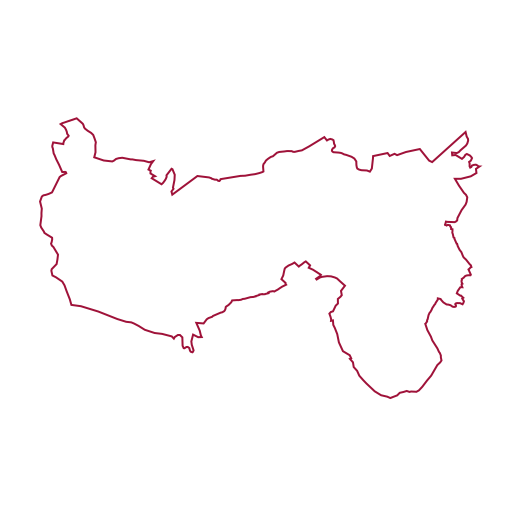 Buteni, Arad, Romania (Robinson projection), rotated 3°
{"feature_id": "2599482B88924594549942", "entity_name": "Buteni", "entity_type": "district", "adm_level": 2, "iso_a3": "ROU", "parent_name": "Romania", "parent_adm1": "Arad", "projection": "robinson", "projection_center": [22.098, 46.317], "detail": "fine", "context": "isolated", "style": "outline", "palette": "rose", "viewbox_px": 512, "rotation_deg": 3, "n_neighbors": 0, "source": "geoboundaries", "source_scale": "gbopen_adm2", "svg_char_len": 6085}
<svg xmlns="http://www.w3.org/2000/svg" viewBox="0 0 512 512"><g transform="rotate(3 256 256)"><path d="M464.8,293.4L465.6,291.9L466.0,290.3L465.5,289.5L465.0,289.0L464.2,287.7L465.2,286.9L462.7,284.8L462.1,284.9L458.5,282.8L459.3,280.3L461.6,276.6L462.4,276.4L463.7,276.4L463.1,275.0L462.8,273.9L462.9,273.3L463.6,272.9L462.8,271.6L462.5,270.2L462.9,269.1L462.7,268.2L464.5,266.8L465.8,265.2L467.1,264.5L469.0,264.1L471.2,264.0L471.5,263.4L468.9,258.3L469.9,257.4L470.8,256.2L471.7,255.8L471.1,254.1L469.8,253.0L466.0,248.7L463.4,246.5L462.5,244.9L460.9,241.4L459.0,239.2L456.9,235.5L456.2,233.3L455.7,233.2L453.4,228.7L453.2,227.6L452.3,227.1L451.4,223.8L450.8,222.4L450.9,220.9L450.8,219.0L449.4,218.8L449.4,217.9L449.3,217.0L448.7,216.7L448.4,216.3L448.2,215.3L447.0,215.0L445.8,214.9L444.8,215.6L444.2,215.2L443.3,215.2L443.1,214.7L443.4,214.1L443.9,211.7L445.1,211.9L452.6,211.8L453.6,211.3L455.0,210.0L455.2,207.5L458.9,199.4L462.6,193.7L463.5,190.9L463.9,186.3L462.5,183.9L460.3,182.0L455.0,175.1L450.6,168.5L456.6,168.2L466.3,165.2L471.8,161.6L471.1,157.5L474.5,154.9L473.5,154.9L472.4,154.0L470.8,153.3L468.8,153.6L466.9,154.4L466.4,155.8L465.3,156.5L464.6,155.2L464.5,152.5L463.9,150.9L465.6,149.5L466.6,146.9L465.8,145.8L464.3,144.4L461.2,143.1L459.8,144.0L458.6,146.2L456.6,148.2L450.1,144.7L446.7,145.2L446.3,142.4L451.1,142.7L453.0,141.7L454.7,139.7L459.9,134.7L461.1,132.6L461.8,129.7L461.6,128.0L460.1,125.6L458.8,121.2L427.0,153.0L423.9,151.7L414.0,140.6L400.3,144.3L391.6,147.9L389.0,146.7L384.3,149.1L382.0,146.3L367.7,150.1L367.7,152.3L367.1,162.6L365.3,165.8L362.3,164.8L356.7,164.8L354.4,164.3L352.6,163.4L352.0,162.1L351.5,159.9L351.2,156.3L349.1,153.5L346.2,151.9L340.8,150.3L338.6,149.9L336.7,149.0L335.3,148.6L333.1,148.4L327.9,148.3L327.0,147.8L326.3,147.0L326.4,145.7L327.4,144.2L328.7,143.5L329.3,142.1L328.9,141.1L328.1,139.8L327.7,137.7L327.3,136.3L326.0,135.6L324.0,135.2L322.1,136.0L320.8,136.9L318.0,133.7L303.4,143.7L296.3,148.1L292.9,148.9L289.2,150.0L287.6,150.0L286.1,149.4L281.4,149.6L278.9,150.1L273.7,150.9L271.5,151.8L267.7,155.5L265.8,156.2L264.5,157.1L262.7,158.5L260.9,160.2L259.9,162.2L258.7,163.8L258.4,165.2L258.4,166.5L259.0,171.2L258.1,171.8L255.0,173.0L250.8,174.3L246.5,175.1L240.9,176.4L236.4,176.8L216.6,181.1L216.2,182.3L215.5,183.0L214.3,182.9L213.6,182.3L212.7,181.8L210.9,181.9L207.7,181.1L207.4,180.7L205.0,180.0L193.3,179.2L169.2,199.1L168.2,196.0L170.1,193.2L169.5,192.1L170.6,184.4L170.6,179.1L168.0,173.7L167.1,173.3L162.4,180.1L162.6,181.6L162.0,183.5L161.1,185.2L159.4,187.8L157.9,189.3L147.8,183.8L149.3,181.8L150.5,181.8L151.0,181.6L146.3,179.1L146.2,176.9L146.4,176.3L144.1,175.3L146.3,169.7L148.4,166.6L144.4,168.0L139.0,166.8L131.1,166.5L127.5,166.0L125.9,166.1L117.3,164.9L113.8,165.5L111.2,166.4L109.0,168.3L107.5,169.1L99.0,168.6L89.3,165.9L90.3,160.8L89.8,153.8L90.1,150.8L88.6,147.0L87.1,143.6L84.9,141.7L81.3,139.7L78.5,137.7L77.6,136.5L76.9,134.4L76.1,133.0L69.7,127.9L55.6,133.5L54.0,134.5L58.4,137.8L59.7,139.9L60.6,142.0L61.0,143.8L62.6,145.7L62.3,146.5L60.7,147.9L59.8,148.9L59.2,149.9L58.4,150.6L58.2,151.7L57.8,152.8L57.7,154.3L47.5,153.2L46.8,156.7L46.9,157.8L47.5,159.2L48.6,164.2L49.5,165.7L51.5,169.9L54.6,175.3L58.1,182.3L61.0,182.0L61.8,182.3L62.2,183.3L57.1,186.3L55.8,187.4L49.3,202.4L48.9,203.2L45.8,204.8L43.8,205.6L42.4,206.1L41.0,206.4L39.9,207.0L39.0,207.9L37.5,212.9L39.6,219.9L39.5,224.4L39.7,227.5L39.0,236.5L40.0,238.8L42.9,242.7L43.5,244.0L46.0,245.5L51.4,248.4L51.6,250.0L51.2,252.8L50.7,254.4L51.6,256.3L53.2,257.6L58.2,265.0L57.9,269.7L57.3,274.5L52.7,279.8L52.4,281.4L53.7,286.1L57.3,287.7L63.9,291.7L66.3,295.3L68.7,301.0L72.3,308.9L74.2,314.5L83.8,315.3L101.4,319.7L120.8,326.2L129.8,328.5L134.9,328.8L137.7,329.8L142.5,332.0L148.8,335.5L158.8,338.2L166.3,338.7L176.1,340.7L178.3,342.8L179.1,341.2L182.1,339.0L184.2,338.9L186.7,341.1L187.4,349.5L188.6,351.8L189.4,351.9L191.3,350.5L192.6,350.4L194.2,351.4L195.0,353.9L195.8,355.0L197.5,355.5L198.1,354.9L198.6,353.5L196.5,348.0L195.9,344.7L197.3,337.8L202.5,340.1L206.0,339.8L205.1,338.2L203.7,333.5L199.9,325.9L207.2,326.1L210.1,321.8L211.8,320.5L215.4,319.0L216.2,318.1L223.7,314.4L225.2,314.0L227.2,312.7L228.0,311.3L228.4,309.7L228.4,308.7L228.8,308.1L231.2,306.3L233.7,303.5L234.5,301.6L239.4,301.0L240.7,301.0L243.3,300.5L245.1,299.6L247.0,299.3L252.6,297.4L255.7,297.0L257.1,296.5L257.7,296.4L257.7,296.1L259.7,295.4L261.4,294.7L261.4,294.3L264.1,293.7L264.2,293.9L266.9,293.7L267.4,293.4L270.4,292.5L270.1,291.8L271.7,290.9L274.8,290.2L276.2,290.5L277.2,289.8L279.5,288.4L281.7,286.7L283.8,285.2L287.6,283.1L287.0,282.3L286.9,281.8L286.9,281.3L282.6,277.8L284.2,274.1L285.0,269.0L285.4,267.0L286.2,266.0L289.0,263.8L290.8,262.9L292.6,262.0L294.8,260.5L299.3,264.3L300.1,263.5L302.3,261.8L304.5,259.8L306.0,258.8L310.5,262.5L309.3,265.0L313.6,266.7L321.8,271.4L321.0,272.7L317.2,275.6L317.8,276.3L321.0,274.1L322.9,273.4L328.1,272.4L332.0,272.4L335.8,273.3L338.1,274.2L341.3,276.9L346.4,281.0L342.7,286.4L343.7,290.6L342.5,292.3L340.0,294.6L340.3,299.2L338.2,301.4L335.8,307.2L333.7,308.0L332.3,309.7L333.6,312.8L334.4,315.3L334.3,316.8L336.2,316.3L336.8,320.8L338.5,323.8L341.2,329.7L343.3,337.9L347.8,346.5L354.8,350.2L356.4,353.2L355.2,353.8L358.4,357.1L359.4,361.8L363.0,365.4L365.4,370.1L369.3,374.1L372.8,377.4L381.6,384.9L388.2,388.5L394.4,389.6L397.5,390.8L404.3,387.8L406.7,385.1L410.3,384.1L413.6,382.9L416.4,383.7L418.0,383.2L423.3,383.2L425.7,381.7L428.9,377.9L433.4,371.3L437.2,366.3L442.8,355.4L445.5,352.6L446.7,350.6L445.9,347.5L445.8,345.7L444.7,343.3L443.7,342.1L442.0,338.8L436.5,331.1L434.9,327.4L431.0,321.0L428.6,314.9L429.0,314.6L429.7,313.3L430.3,312.5L430.2,311.2L430.7,310.2L431.4,306.0L432.3,303.7L433.1,302.7L434.1,300.7L435.0,298.3L435.9,297.0L436.2,296.2L436.8,295.4L437.5,294.5L437.9,293.3L439.8,290.1L439.8,288.8L442.6,289.3L443.4,290.4L445.5,292.5L448.8,294.4L450.8,294.5L452.9,295.0L454.9,296.3L456.4,296.5L457.5,296.3L458.2,295.9L458.3,295.4L458.2,294.8L457.5,293.6L457.9,293.0L458.5,292.7L459.3,292.5L462.2,292.4L464.8,293.4Z" fill="none" stroke="#9f1239" stroke-width="2"/></g></svg>